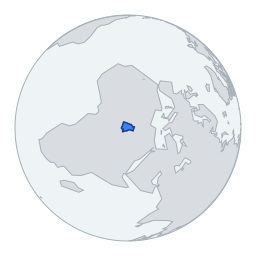 Borkou on an orthographic globe, rotated 82°
{"feature_id": "TCD-5577", "entity_name": "Borkou", "entity_type": "Préfecture", "adm_level": 1, "iso_a3": "TCD", "parent_name": "Chad", "parent_adm1": "", "projection": "orthographic", "projection_center": [18.999, 18.69], "detail": "fine", "context": "on_globe", "style": "filled", "palette": "blue", "viewbox_px": 256, "rotation_deg": 82, "n_neighbors": 0, "source": "natural_earth", "source_scale": "10m", "svg_char_len": 9289}
<svg xmlns="http://www.w3.org/2000/svg" viewBox="0 0 256 256"><g transform="rotate(82 128 128)"><circle cx="128" cy="128" r="113" fill="#eef3f6" stroke="#a8b0b8"/><path d="M125.5,15.4L125.2,15.4L123.4,15.5L125.5,15.4ZM110.3,16.8L107.6,17.3L93.8,21.0L95.3,20.7L91.1,22.4L91.2,22.8L88.6,23.7L91.0,23.3L93.4,22.4L95.2,22.0L95.5,22.3L92.3,23.3L91.6,23.4L90.8,23.8L89.1,24.3L90.1,24.2L86.1,25.7L90.5,24.7L87.7,26.3L84.9,27.2L84.7,26.4L77.7,27.8L74.8,29.1L71.0,31.3L64.9,36.4L61.9,38.3L58.3,41.3L60.1,40.4L63.6,37.7L66.2,37.1L70.2,34.3L71.8,33.7L76.1,31.4L76.0,32.6L73.5,35.1L69.9,37.1L68.8,38.4L72.6,37.3L66.4,42.4L63.0,48.2L61.3,49.6L57.3,50.4L56.2,47.8L50.9,50.1L54.8,49.6L50.6,53.8L50.1,55.0L50.7,55.5L52.5,54.4L51.1,56.2L46.7,57.1L47.9,55.4L49.3,55.1L48.7,54.1L45.7,55.3L43.8,57.6L41.4,57.9L40.0,59.7L38.6,61.0L41.0,58.0L36.7,63.5L33.5,66.8L28.1,75.9L32.1,68.9L36.6,62.1L41.6,55.8L47.0,49.8L52.8,44.2L59.0,39.0L65.5,34.3L72.4,30.0L79.6,26.3L87.0,23.1L94.6,20.4L102.4,18.3L110.3,16.8ZM17.7,105.1L18.0,104.6L16.8,110.7L17.9,106.2L17.4,110.2L18.7,113.8L18.3,114.9L19.2,125.5L22.2,132.3L22.9,137.7L22.4,140.1L23.8,142.2L23.9,144.1L31.6,151.9L37.0,159.2L37.8,165.6L35.3,170.9L37.6,184.6L34.2,185.9L36.4,191.1L39.2,197.1L37.1,194.5L32.3,187.4L28.0,179.9L24.4,172.2L21.3,164.2L18.9,156.0L17.1,147.6L15.9,139.1L15.4,130.6L15.5,122.0L16.3,113.5L17.7,105.1ZM24.9,82.6L22.5,89.1L22.8,87.8L23.0,87.2L24.2,84.3L24.9,82.6ZM28.0,76.4L28.4,75.4L28.2,76.0L28.0,76.4ZM75.9,31.0L75.1,31.5L75.9,31.0ZM77.6,29.9L76.6,30.1L77.2,29.6L77.9,29.5L77.6,29.9ZM78.8,29.8L78.6,28.8L79.8,28.0L83.3,26.9L78.8,29.8ZM94.0,22.0L91.5,22.9L93.3,22.0L94.0,22.0ZM94.7,21.6L97.5,19.8L101.4,18.8L99.6,19.5L104.3,18.2L104.8,18.6L102.3,19.3L99.8,19.9L101.9,19.6L94.7,21.6ZM139.2,15.9L139.5,16.0L138.3,15.8L139.2,15.9ZM96.1,21.8L96.3,21.4L99.6,20.5L99.8,21.1L98.7,21.2L96.1,21.8ZM105.4,17.9L107.9,17.4L108.9,17.5L110.0,17.4L105.2,18.5L105.4,17.9ZM98.1,21.5L99.8,21.4L98.5,22.2L96.1,22.1L98.1,21.5ZM100.4,20.1L102.0,19.7L101.2,20.1L100.4,20.1ZM94.9,25.1L95.1,24.4L96.8,23.9L94.9,25.1ZM100.5,21.4L100.9,21.1L101.6,20.9L102.5,21.0L100.5,21.4ZM106.2,18.6L106.2,18.8L108.3,18.1L109.2,18.4L105.8,19.1L107.6,18.9L107.9,19.0L104.8,19.6L106.2,18.6ZM105.5,20.5L101.4,21.8L100.6,23.0L99.0,23.5L100.6,21.6L105.5,20.5ZM105.3,19.9L105.0,20.3L103.2,20.6L102.3,20.5L105.3,19.9ZM111.0,18.3L110.5,17.7L111.3,17.6L111.0,18.3ZM105.6,20.7L106.6,20.4L105.7,20.8L105.6,20.7ZM109.8,18.9L109.5,18.7L110.4,18.6L109.8,18.9ZM108.7,20.1L107.4,20.5L106.7,20.3L108.7,20.1ZM109.5,19.5L110.8,19.4L107.3,20.0L109.2,19.4L109.5,19.5ZM110.6,18.8L111.1,18.7L110.6,18.9L110.6,18.8ZM112.1,20.5L107.9,21.4L106.4,21.1L110.7,20.2L112.1,20.5ZM147.2,17.0L146.3,16.9L144.0,16.5L147.2,17.0ZM175.7,26.0L176.5,26.3L186.4,31.7L185.6,31.2L192.6,35.7L199.3,40.8L205.6,46.3L211.4,52.3L213.7,55.1L211.0,52.1L214.2,56.2L216.1,58.2L215.0,56.5L218.9,61.7L221.0,64.4L225.2,71.0L228.9,78.0L231.1,82.7L232.8,88.0L233.6,90.1L232.6,88.8L233.9,93.8L237.6,103.0L238.3,106.3L239.1,114.4L238.7,112.1L236.3,108.7L237.6,116.9L239.5,121.5L240.2,128.6L239.5,127.6L238.6,121.5L237.7,120.1L236.6,113.1L233.5,104.0L232.7,107.4L231.5,103.3L227.0,96.8L225.2,101.5L223.0,115.4L224.8,126.1L223.2,131.9L216.2,118.7L212.5,109.1L210.3,111.0L202.9,104.3L191.0,107.1L189.0,104.8L186.9,106.7L181.5,105.0L178.3,101.1L175.3,102.0L183.7,112.3L187.0,111.4L189.2,106.3L191.0,110.2L196.1,112.8L191.7,124.2L173.6,136.7L171.3,128.9L154.8,108.5L155.0,105.9L154.9,105.7L154.7,105.2L153.7,109.4L150.7,105.3L160.0,119.9L161.8,126.4L173.3,137.2L172.4,138.7L175.9,140.7L186.6,135.7L186.7,138.4L182.0,151.7L166.8,170.5L168.5,180.9L166.9,189.9L156.8,196.8L157.1,203.2L151.8,205.9L151.1,209.5L146.5,213.5L139.0,217.3L127.0,217.8L126.7,214.7L121.4,208.7L114.2,192.9L117.7,185.4L116.8,179.4L108.1,165.6L110.0,157.9L107.5,154.5L102.5,155.1L99.6,151.1L96.6,150.8L77.1,152.0L70.9,146.1L63.0,128.9L66.4,122.9L66.6,115.3L89.5,92.2L94.7,94.1L113.2,91.6L115.6,92.5L113.9,98.3L128.1,105.4L132.2,100.4L144.6,103.8L152.6,103.0L154.7,92.0L141.6,92.9L138.9,87.8L149.0,82.5L160.3,82.2L159.6,80.3L152.1,76.4L154.3,72.6L149.4,74.9L151.7,76.7L148.7,78.3L146.4,76.8L147.3,75.4L143.8,74.8L140.5,82.1L142.5,84.7L133.4,86.5L135.8,91.3L133.5,93.7L128.6,86.6L128.8,83.9L120.0,76.6L119.0,79.5L127.2,86.8L124.8,86.2L123.5,90.7L122.6,86.9L113.9,78.8L105.5,80.5L95.4,91.3L90.4,92.0L85.8,89.5L88.8,78.4L99.8,78.2L101.0,74.8L98.2,69.7L101.8,70.2L102.0,68.3L106.1,68.2L111.3,63.7L115.4,63.3L116.9,57.7L119.2,56.8L117.6,60.3L118.7,62.7L128.8,62.2L130.5,61.0L130.7,57.5L133.5,58.1L132.4,54.8L137.9,53.3L130.2,52.6L130.2,49.0L133.3,46.3L131.9,45.1L127.0,49.7L126.2,51.7L127.8,53.5L124.6,59.5L121.2,60.6L119.4,54.2L114.5,55.2L115.2,50.3L128.1,40.3L133.8,38.5L144.2,42.3L143.2,44.4L138.9,43.9L143.4,47.4L142.8,45.6L145.0,46.2L145.6,43.4L147.3,43.7L145.0,40.7L147.1,40.8L148.5,42.7L151.1,39.2L155.3,39.0L155.1,38.1L153.7,37.1L160.0,37.7L159.5,37.1L157.3,36.6L155.1,35.0L153.5,32.6L155.8,32.9L156.6,33.8L161.8,36.5L163.8,39.2L164.5,39.1L163.4,36.9L157.0,33.6L155.5,32.1L158.6,33.3L157.4,32.7L157.3,32.1L159.3,31.9L155.9,30.5L151.9,24.4L155.4,23.7L158.7,25.3L158.3,22.5L162.3,22.7L160.3,22.2L158.7,20.9L157.4,20.8L156.3,20.5L151.7,18.1L152.4,18.1L148.2,17.2L157.6,19.3L166.8,22.3L175.7,26.0ZM82.2,104.5L81.7,106.8L82.2,104.5ZM172.9,87.6L179.4,87.1L175.5,80.8L177.7,80.2L175.6,78.4L175.2,80.4L169.9,75.6L172.4,73.3L171.1,70.6L168.9,70.7L165.3,75.8L172.8,82.6L171.7,85.5L172.9,87.6ZM18.8,113.8L18.8,115.5L18.5,114.9L18.8,113.8ZM21.8,90.4L21.7,90.8L21.2,92.1L21.3,91.8L21.8,90.4ZM21.4,96.4L21.5,97.9L21.1,97.4L21.4,96.4ZM22.2,90.4L21.4,95.5L20.6,95.5L21.3,92.4L21.3,93.1L22.2,90.4ZM26.4,79.4L26.0,80.3L25.6,81.2L26.4,79.4ZM27.8,76.9L28.4,75.7L27.8,76.9ZM50.9,53.7L51.2,53.7L51.3,54.6L50.5,54.8L50.9,53.7ZM56.7,55.1L54.4,58.0L55.5,56.0L53.9,56.7L54.0,53.7L60.5,50.2L57.5,52.2L56.7,55.1ZM56.0,49.1L55.2,51.1L55.9,49.0L56.0,49.1ZM99.2,58.9L100.7,60.1L99.4,62.2L94.3,63.6L96.1,60.5L99.2,58.9ZM103.2,61.4L102.8,55.1L106.0,54.3L104.3,55.8L106.5,55.8L104.3,58.3L107.7,63.9L106.8,66.3L97.8,67.1L101.2,65.4L99.5,64.2L103.2,61.4ZM96.2,43.6L96.1,41.7L103.2,42.2L102.5,44.0L97.3,45.3L95.1,44.0L96.2,43.6ZM84.9,28.4L84.4,28.2L85.3,27.9L86.5,27.7L84.9,28.4ZM94.8,24.8L88.1,29.2L87.2,29.1L84.3,32.1L80.8,33.2L82.7,31.1L77.9,34.4L78.2,32.9L75.2,35.3L79.9,30.5L80.1,29.6L81.3,30.2L84.5,29.2L86.0,28.5L90.2,25.9L92.0,23.8L95.5,22.8L97.5,22.6L97.6,23.0L95.3,23.5L97.1,23.6L93.8,24.6L94.8,24.8ZM118.9,25.7L116.1,25.4L119.2,27.2L115.9,27.6L116.5,27.8L114.3,28.8L112.6,30.5L111.0,30.5L111.0,31.2L109.6,32.0L109.1,32.9L106.1,33.4L105.3,34.7L104.3,34.2L103.7,36.4L102.8,35.0L100.9,36.2L102.7,36.9L88.0,38.7L82.4,41.0L78.2,43.8L77.4,41.6L80.8,37.7L86.2,33.7L91.7,32.0L90.3,31.5L92.5,30.6L92.7,31.4L93.8,29.7L95.6,29.2L100.5,26.6L100.9,24.8L102.7,24.0L103.4,24.5L104.7,23.3L107.4,23.7L108.7,23.2L112.7,23.3L113.4,24.8L114.8,24.1L117.9,24.3L118.9,25.7ZM113.1,20.6L114.7,21.9L113.7,22.9L107.2,22.5L105.7,22.9L101.5,23.0L103.0,21.6L104.1,21.6L105.5,21.4L104.4,21.9L106.3,21.4L107.8,21.5L109.7,21.2L109.7,21.6L113.1,20.6ZM118.1,90.3L119.9,90.6L122.6,90.3L121.9,93.3L118.1,90.3ZM112.0,84.8L113.6,84.5L113.8,88.2L112.0,88.1L112.0,84.8ZM114.3,81.2L113.7,84.2L112.9,82.5L114.3,81.2ZM119.1,59.9L120.8,59.4L121.0,60.2L120.2,61.5L119.1,59.9ZM127.2,32.3L125.8,31.7L126.2,31.4L125.0,29.4L127.3,29.1L129.0,30.2L127.2,32.3ZM152.6,94.0L150.4,96.3L149.1,95.4L150.1,94.8L152.6,94.0ZM135.5,94.9L139.5,96.1L135.2,95.7L135.5,94.9ZM129.5,31.7L128.7,30.9L130.4,31.2L129.5,31.7ZM129.0,28.8L130.8,29.1L127.5,28.9L129.0,28.8ZM185.0,223.4L184.8,224.0L183.5,224.5L185.0,223.4ZM184.8,185.7L176.1,201.9L171.2,202.7L170.9,198.6L174.5,189.1L180.4,185.5L183.4,180.8L184.8,185.7ZM239.6,143.0L239.9,140.8L240.0,140.4L239.6,143.0ZM239.9,140.9L239.5,138.0L236.9,126.3L237.9,125.4L240.2,131.1L240.1,132.8L240.3,135.5L239.9,140.9ZM240.6,127.7L240.6,127.3L240.6,123.8L240.6,127.7ZM225.2,127.0L227.4,132.4L226.3,134.1L225.2,127.0ZM234.7,93.0L234.8,94.3L234.3,92.8L233.7,90.3L234.7,93.0ZM148.3,30.0L147.4,32.8L148.3,35.1L151.2,36.6L146.7,35.9L145.3,32.4L148.3,30.0ZM151.2,24.9L148.7,23.9L150.0,23.8L150.8,24.0L151.2,24.9ZM149.5,24.7L146.0,24.7L144.7,23.8L147.7,24.0L149.5,24.7ZM137.8,27.6L137.3,28.4L136.0,28.0L137.8,27.6ZM140.6,16.1L139.6,16.0L140.0,16.0L140.6,16.1ZM155.7,20.5L154.2,20.0L154.8,19.9L155.7,20.5ZM150.6,18.9L151.0,19.3L149.6,18.7L150.6,18.9ZM152.0,20.3L150.7,19.4L153.3,20.5L152.0,20.3Z" fill="#d9dde1" stroke="#a8b0b8" stroke-width="1"/><path d="M128.3,121.8L128.5,121.9L128.8,122.0L129.0,122.1L129.4,122.3L129.7,122.5L129.9,122.6L130.1,122.7L130.3,122.8L130.6,122.9L130.8,123.0L131.0,123.2L131.2,123.3L131.5,123.4L129.9,126.8L130.1,128.0L130.7,129.4L130.7,130.1L130.6,131.0L130.5,131.8L130.9,133.1L131.1,133.6L130.8,133.8L130.6,133.9L130.4,133.9L130.2,133.8L130.1,133.7L129.9,133.7L129.6,133.7L129.2,133.5L128.8,133.3L128.7,133.1L128.5,132.9L128.4,132.9L128.4,133.1L128.4,133.4L128.2,133.8L128.1,134.0L127.9,134.2L127.8,134.3L127.6,134.4L127.2,134.5L126.6,134.4L126.3,134.2L126.1,134.0L125.9,133.9L125.9,133.7L123.6,132.6L121.4,131.5L121.4,131.4L121.4,131.2L122.9,128.3L124.0,126.5L125.0,124.6L125.1,124.1L125.6,124.1L125.8,124.0L126.1,123.8L126.4,123.6L127.1,123.3L127.5,123.2L127.6,122.8L127.5,122.3L127.5,121.8L127.9,121.5L128.1,121.6L128.3,121.7L128.3,121.8Z" fill="#3b82f6" stroke="#1e3a8a" stroke-width="1.5"/></g></svg>